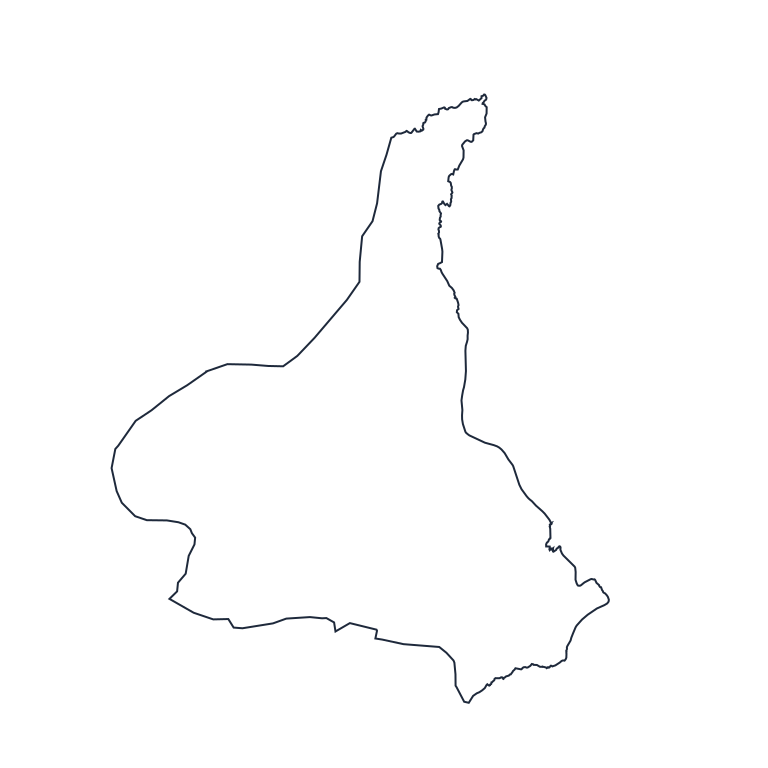 the district of Barito Utara, Kalimantan Tengah, Indonesia, rotated 9°
{"feature_id": "22746128B89680104320053", "entity_name": "Barito Utara", "entity_type": "district", "adm_level": 2, "iso_a3": "IDN", "parent_name": "Indonesia", "parent_adm1": "Kalimantan Tengah", "projection": "natural_earth1", "projection_center": [115.596, -0.74], "detail": "fine", "context": "isolated", "style": "outline", "palette": "slate", "viewbox_px": 768, "rotation_deg": 9, "n_neighbors": 0, "source": "geoboundaries", "source_scale": "gbopen_adm2", "svg_char_len": 6120}
<svg xmlns="http://www.w3.org/2000/svg" viewBox="0 0 768 768"><g transform="rotate(9 384 384)"><path d="M517.6,685.6L520.8,678.1L524.0,675.0L526.4,673.5L528.9,671.2L531.1,668.6L532.4,665.2L533.0,664.4L534.5,665.3L535.2,665.4L535.4,665.1L535.8,664.9L535.8,664.3L536.8,663.5L536.8,661.9L537.5,661.6L538.0,660.7L538.9,659.8L539.3,659.1L539.3,658.0L540.1,657.1L543.8,656.6L545.3,655.8L545.4,655.5L546.3,655.2L547.1,655.5L547.7,656.5L548.1,656.6L548.4,655.5L549.1,655.1L550.3,653.7L552.9,652.5L553.7,651.3L554.6,651.0L556.1,648.1L556.2,647.5L557.7,645.6L558.3,644.2L564.1,644.4L565.1,643.4L565.3,642.7L566.3,641.9L567.9,641.5L569.1,641.8L570.2,641.6L572.6,639.5L573.8,637.4L575.2,637.5L575.6,638.0L579.0,637.6L582.2,638.9L584.2,638.6L584.6,638.3L585.1,638.6L585.7,638.4L588.8,638.7L589.1,639.2L589.5,639.0L590.1,638.1L590.5,638.0L591.0,638.4L591.7,638.1L592.7,636.2L593.6,636.1L594.4,636.6L597.3,635.1L601.2,631.6L602.8,629.7L604.1,629.0L605.6,629.0L606.5,627.4L606.9,625.8L606.4,621.7L606.1,621.1L606.2,619.9L605.7,619.2L606.1,617.8L606.1,616.7L605.8,615.4L606.1,614.1L608.4,608.2L608.7,605.3L609.7,600.8L611.3,594.3L612.1,592.4L616.5,585.6L621.3,580.0L629.4,572.4L636.3,567.9L638.7,565.9L639.7,564.2L639.9,563.3L639.8,561.8L638.4,559.2L637.1,557.8L635.1,556.2L634.0,555.9L633.1,555.4L632.7,554.5L631.6,553.4L630.2,550.8L629.3,550.8L628.9,550.5L628.0,549.5L627.9,549.0L625.0,547.2L623.2,544.5L622.5,544.0L621.6,544.3L619.6,544.1L618.6,544.5L613.3,548.4L612.3,549.4L610.1,551.9L609.1,552.6L607.3,552.8L606.6,552.3L605.5,550.8L603.8,547.4L602.7,539.7L601.6,535.6L600.9,534.6L588.1,525.4L586.3,523.6L584.2,520.2L583.9,517.7L583.5,517.1L582.9,516.8L582.4,517.0L581.9,517.6L581.9,518.2L580.3,519.6L580.0,520.9L578.2,522.6L577.9,522.4L577.5,523.1L577.1,523.0L577.0,522.8L576.8,521.1L576.5,521.2L576.6,520.1L576.1,520.7L575.8,520.1L575.4,520.2L575.1,521.1L574.6,520.9L573.7,522.2L573.2,521.4L573.4,519.4L573.1,518.6L569.6,519.1L569.2,517.0L569.7,515.1L570.2,514.8L570.7,514.0L571.1,513.1L571.2,511.7L572.0,511.1L572.0,510.5L572.5,510.1L570.8,500.8L570.3,499.8L570.3,498.9L569.9,498.6L570.1,497.6L569.8,496.9L570.5,496.2L570.7,496.4L571.2,496.3L571.3,496.0L570.7,495.9L571.1,495.0L570.6,495.3L570.5,494.8L568.6,492.2L563.0,486.9L560.3,484.9L553.2,480.4L548.4,476.6L545.9,475.2L544.3,474.1L542.4,472.5L536.3,466.4L533.4,462.3L524.5,445.0L523.6,443.8L518.7,439.1L514.0,433.4L510.3,430.3L507.8,428.8L505.5,427.9L502.0,427.2L492.9,426.2L476.3,421.4L474.4,420.4L472.5,419.2L471.8,418.3L468.2,411.2L466.7,406.7L466.0,402.9L465.5,397.5L463.1,388.1L463.0,383.2L463.1,377.8L463.5,374.7L463.6,366.8L462.9,358.4L459.2,338.4L458.8,333.5L459.4,329.4L459.6,326.7L459.0,323.1L458.9,320.2L458.3,317.3L457.4,315.9L451.4,311.3L449.0,308.7L447.3,306.3L446.5,303.0L444.7,301.7L444.6,299.7L445.9,298.2L445.1,296.4L445.0,295.7L445.3,294.4L444.4,292.0L442.5,288.4L442.2,288.2L441.2,288.3L440.4,287.8L440.9,286.8L439.6,285.0L439.2,283.8L439.5,282.9L438.2,280.7L436.0,278.5L433.1,276.7L430.4,272.5L424.5,266.0L423.4,264.6L422.2,262.4L421.2,261.4L419.7,261.5L418.7,261.2L418.1,259.3L418.7,256.9L420.4,255.9L422.2,254.5L421.0,244.2L420.3,241.6L417.2,232.7L416.7,231.7L415.8,231.2L415.1,230.1L414.7,229.1L414.7,228.1L414.1,227.2L414.6,226.0L414.6,225.4L414.3,224.1L413.6,222.9L413.6,221.5L414.3,220.6L415.4,219.9L415.5,219.2L415.1,218.4L413.5,217.1L413.5,216.6L414.1,215.4L414.9,215.0L415.0,214.6L414.7,214.2L413.5,213.6L413.3,213.0L413.3,211.0L413.8,209.7L413.5,208.5L413.6,206.6L411.8,204.8L411.3,203.2L410.4,202.2L409.7,199.6L410.5,198.2L412.5,197.0L413.0,196.2L413.1,194.7L413.4,194.5L413.7,194.5L415.3,196.6L416.7,197.7L418.1,196.2L420.4,198.2L420.9,198.3L421.5,197.1L421.4,194.4L421.7,193.9L421.8,193.2L421.2,191.0L421.7,189.6L421.4,188.6L421.5,187.6L420.6,186.1L421.5,184.6L421.6,184.1L420.3,182.0L420.2,181.5L420.4,180.2L420.1,178.6L419.3,177.6L418.5,175.0L417.7,174.2L415.7,173.7L415.5,169.5L415.9,168.1L417.5,166.2L418.2,165.9L419.6,166.2L419.8,162.7L420.2,161.0L420.5,160.7L421.7,160.9L423.3,160.6L424.2,156.5L426.9,149.7L427.1,147.9L426.1,140.8L423.8,136.7L423.9,135.4L426.1,131.7L427.7,130.3L428.6,130.2L431.6,131.2L432.7,131.1L434.0,129.4L433.4,123.7L433.8,123.1L436.1,121.8L437.9,121.9L439.0,121.0L440.7,120.2L441.7,119.0L442.0,117.0L442.4,115.9L443.1,115.1L443.2,113.6L444.0,111.9L443.9,110.5L443.2,108.9L442.1,104.8L443.0,100.8L442.1,94.5L440.7,93.6L439.5,92.1L437.5,91.9L437.6,91.0L438.3,90.2L439.0,88.5L440.4,87.1L440.5,85.4L438.9,82.9L438.3,82.4L437.6,82.4L436.9,83.7L435.3,84.5L435.6,86.4L433.3,89.2L430.8,88.3L430.4,88.2L430.0,88.6L429.0,88.3L428.1,89.4L426.4,90.0L425.8,89.8L425.3,89.1L424.6,88.9L422.1,91.4L418.6,92.4L417.4,93.0L416.5,94.1L414.2,97.7L412.5,99.5L410.9,100.2L409.0,100.3L408.3,99.9L407.1,100.0L404.9,101.3L404.3,102.6L403.3,103.0L401.3,102.6L400.9,101.6L400.1,101.4L397.5,103.0L395.3,103.8L395.4,107.0L395.1,109.0L391.6,109.9L389.0,111.3L388.2,111.4L386.4,110.9L385.4,112.0L384.3,114.2L384.5,116.3L383.9,116.5L384.1,117.4L383.9,118.5L383.4,119.4L382.2,119.9L382.0,120.2L382.2,121.8L381.8,122.9L381.8,123.5L383.0,125.8L383.0,126.6L381.7,127.9L380.6,127.3L380.3,128.8L378.6,129.4L376.8,129.5L374.6,127.0L374.2,127.1L371.7,131.7L370.7,132.0L368.9,131.6L367.2,130.6L366.6,130.5L365.8,131.6L361.6,134.0L359.1,134.3L357.9,134.2L356.9,134.9L355.3,137.9L354.7,138.6L352.7,139.6L350.6,157.2L347.7,174.3L348.9,206.6L347.2,225.0L339.3,241.5L340.9,267.2L343.8,286.9L334.2,306.7L308.1,349.4L294.0,369.8L281.6,382.3L266.9,384.3L249.9,385.6L226.2,388.9L206.7,399.3L206.9,399.5L189.7,416.1L173.6,429.6L158.5,446.3L144.5,459.2L131.2,486.5L128.8,490.2L128.1,509.7L136.7,531.6L143.6,542.3L158.9,553.5L171.0,555.6L190.9,552.7L202.6,552.7L209.7,554.0L215.4,557.7L217.6,561.4L221.5,565.3L221.9,572.1L218.0,584.3L217.8,602.4L211.6,612.5L212.1,621.2L205.7,629.8L231.8,639.7L252.2,643.2L267.0,640.5L273.6,648.1L282.4,647.4L311.8,637.8L324.2,631.0L347.3,625.8L359.5,625.1L363.7,624.2L372.0,627.3L374.8,636.0L387.7,625.5L415.0,627.8L415.7,628.8L415.3,636.7L422.2,636.7L444.0,637.9L479.7,635.1L487.7,639.7L495.9,646.2L497.1,648.2L500.0,659.5L501.9,670.8L503.1,672.1L512.9,685.3L517.6,685.6Z" fill="none" stroke="#1e293b" stroke-width="2"/></g></svg>